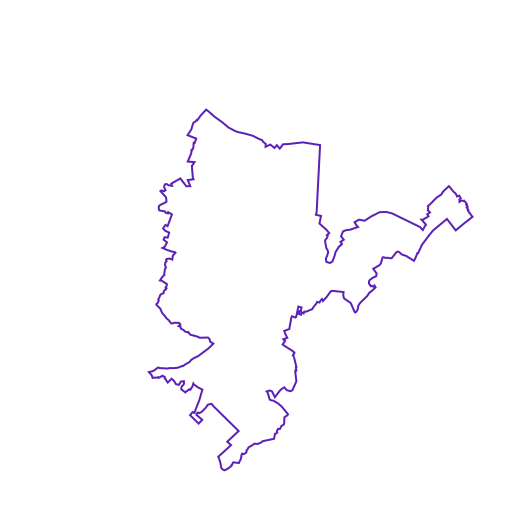 the district of Uriangato, Guanajuato, Mexico, rotated 222°
{"feature_id": "50627088B85486599986999", "entity_name": "Uriangato", "entity_type": "district", "adm_level": 2, "iso_a3": "MEX", "parent_name": "Mexico", "parent_adm1": "Guanajuato", "projection": "albers", "projection_center": [-101.168, 20.117], "detail": "fine", "context": "isolated", "style": "outline", "palette": "violet", "viewbox_px": 512, "rotation_deg": 222, "n_neighbors": 0, "source": "geoboundaries", "source_scale": "gbopen_adm2", "svg_char_len": 6133}
<svg xmlns="http://www.w3.org/2000/svg" viewBox="0 0 512 512"><g transform="rotate(222 256 256)"><path d="M391.0,331.4L391.1,323.1L390.4,317.7L391.0,317.6L391.0,315.3L391.7,313.4L390.6,310.5L388.8,307.0L387.7,300.0L379.0,303.3L377.2,299.0L378.1,298.5L374.8,294.2L374.3,291.7L374.8,291.6L374.7,291.4L372.8,288.9L369.9,280.5L364.5,284.6L363.9,280.0L354.9,271.5L353.8,271.2L357.5,266.8L351.6,263.9L354.4,261.2L364.1,263.0L367.4,253.1L365.3,252.0L368.4,250.0L370.3,249.8L371.5,248.7L371.4,247.4L370.3,245.6L367.2,244.3L367.7,242.6L370.3,241.3L370.5,240.3L362.3,239.4L360.5,238.1L358.8,236.2L361.3,229.9L361.5,228.3L361.2,227.5L359.0,225.3L358.2,225.3L353.7,228.1L352.8,228.1L352.2,227.7L350.4,228.4L349.9,228.8L350.5,229.8L346.3,230.7L341.7,219.0L344.1,218.5L343.5,214.3L340.4,214.0L336.2,215.3L333.9,210.6L336.5,208.8L335.6,206.3L331.2,206.6L330.0,201.8L330.9,199.4L326.3,200.9L320.9,203.3L319.1,204.5L318.0,204.5L318.1,200.8L315.8,197.3L318.5,196.3L320.5,193.8L320.1,192.7L318.9,192.3L319.0,190.4L317.4,188.3L315.1,187.0L314.9,185.4L312.2,181.2L311.4,180.7L311.6,177.7L311.0,173.6L309.2,174.6L303.4,175.5L302.5,174.2L302.0,171.9L300.9,172.1L300.6,170.5L301.0,169.5L300.8,167.8L299.8,166.4L300.8,164.5L301.1,163.2L299.3,158.0L298.4,157.7L297.6,155.2L297.9,154.0L297.5,153.1L291.6,152.8L290.8,152.2L287.3,150.8L284.3,150.5L280.9,149.8L278.0,149.9L274.0,149.2L272.9,150.0L271.8,152.1L270.9,152.6L268.6,154.8L266.6,154.6L266.6,152.1L264.9,153.1L264.1,152.2L263.0,151.8L260.1,152.6L258.5,152.3L256.3,153.3L255.4,153.8L255.3,154.2L253.7,153.7L251.8,153.7L246.3,156.6L243.0,157.7L237.1,163.3L234.7,163.1L232.9,161.7L229.8,162.2L229.4,162.4L229.0,162.4L229.5,155.5L232.1,142.4L232.6,141.7L233.9,138.3L234.6,135.4L234.5,132.5L235.8,128.9L236.7,125.1L237.2,125.0L239.2,120.9L240.1,119.8L242.4,117.3L245.4,114.7L246.5,113.1L252.8,108.1L253.3,108.1L254.2,107.5L255.2,102.5L255.7,101.3L257.9,98.1L253.4,97.5L251.2,96.2L250.1,97.7L248.4,99.1L247.6,100.6L246.6,100.5L245.4,104.5L244.4,104.4L243.1,105.2L241.7,103.9L240.6,104.1L239.6,103.5L236.9,102.9L236.6,108.3L233.8,108.4L229.6,107.2L229.1,107.4L227.6,108.6L227.1,108.6L227.8,112.5L225.8,114.7L224.1,113.0L223.7,111.5L224.0,110.3L223.4,108.2L222.3,106.9L217.2,107.4L217.3,108.5L216.8,109.7L216.5,112.3L215.3,112.6L215.8,115.8L216.5,117.9L217.2,119.3L216.2,119.0L211.4,119.5L206.4,120.8L201.7,111.0L197.2,99.0L196.7,98.4L196.9,98.0L198.7,97.6L198.5,93.6L186.5,93.1L186.3,98.3L194.0,98.1L194.7,100.5L194.2,100.9L193.1,101.1L192.1,103.7L191.8,109.8L192.3,113.2L191.6,114.4L190.0,116.4L186.9,115.9L151.8,114.3L153.1,98.8L148.0,98.8L149.7,81.5L148.8,81.2L144.7,78.9L140.1,75.4L138.3,75.0L136.1,75.6L134.9,78.3L133.9,82.2L134.2,83.9L133.9,84.0L134.8,87.0L134.8,87.5L130.2,90.7L130.8,92.4L131.1,94.1L132.9,97.6L133.5,98.1L134.0,99.6L134.0,100.0L132.8,100.3L132.4,100.8L131.7,103.6L132.8,105.0L133.1,107.6L133.5,108.7L131.9,113.6L131.7,115.3L129.0,117.4L127.3,121.1L127.3,122.3L127.0,123.0L120.3,132.2L122.8,136.4L122.5,136.6L122.1,139.0L122.8,139.2L123.3,139.9L123.9,142.2L123.1,142.8L122.5,143.7L123.4,146.7L122.6,149.3L122.9,150.2L127.0,155.2L126.1,158.6L126.3,159.8L136.3,161.3L140.8,161.2L146.1,160.2L148.5,158.8L149.8,158.5L156.0,162.4L157.4,162.5L155.9,165.2L153.5,166.1L147.5,163.7L148.2,172.1L148.0,174.3L147.0,177.4L143.4,176.9L140.0,178.5L139.1,180.5L141.7,188.5L142.4,190.2L149.3,196.1L149.1,196.5L150.2,197.4L149.6,198.1L151.9,199.9L151.6,200.4L158.2,205.0L161.5,207.0L162.1,206.9L162.2,208.5L162.5,208.5L162.6,209.2L162.9,209.2L163.0,210.0L165.2,209.9L175.4,208.2L177.0,208.1L177.6,212.4L178.7,212.4L178.6,212.7L179.3,212.8L179.9,212.7L178.0,216.1L182.3,217.8L184.9,219.2L182.4,224.0L186.1,229.9L186.5,231.0L187.1,231.4L188.1,233.0L188.9,234.9L189.0,235.3L185.7,236.5L185.5,237.2L185.7,237.6L185.5,237.8L190.7,246.8L187.7,248.2L185.6,244.4L186.7,244.1L185.6,241.5L183.2,242.5L184.2,244.8L182.2,245.2L182.9,247.1L181.7,247.8L178.7,254.0L179.1,256.4L179.4,261.4L179.9,262.8L177.7,263.9L178.2,266.3L178.2,268.2L177.0,268.1L176.1,267.5L176.2,271.4L176.0,271.9L176.8,279.7L176.5,280.5L175.8,281.3L166.8,287.8L164.9,285.2L162.6,283.6L161.5,283.5L154.6,284.4L153.4,284.1L145.7,280.6L144.5,280.4L144.2,281.2L144.5,284.0L145.7,286.2L146.3,286.6L146.7,287.6L147.1,289.6L147.2,291.4L146.6,300.9L147.2,304.3L146.6,307.4L146.1,312.7L148.3,313.4L148.2,311.8L148.9,311.5L150.0,311.4L150.5,310.3L151.5,310.7L153.4,311.0L155.1,312.7L155.4,314.2L154.6,318.1L153.2,321.4L154.6,323.7L160.3,324.9L158.2,331.7L158.1,332.7L158.3,334.1L161.0,339.6L160.6,340.3L158.3,341.4L157.2,342.6L155.2,343.8L153.7,345.2L154.2,352.7L153.9,353.7L153.3,354.3L152.2,354.7L149.0,354.7L147.8,355.0L144.6,356.5L135.4,358.1L136.2,361.3L138.0,366.1L137.4,366.5L140.2,375.5L141.2,387.4L141.5,392.5L141.3,395.0L138.9,411.3L124.7,408.7L123.3,418.6L121.3,430.0L123.9,430.4L125.6,430.9L126.3,430.8L129.2,431.7L129.0,432.4L131.8,433.0L131.6,434.2L133.5,434.6L133.4,435.0L134.4,435.1L134.4,435.8L135.9,436.1L138.2,436.4L138.3,435.9L140.2,435.0L141.0,432.4L142.7,434.2L142.5,435.9L144.8,436.7L145.4,436.8L146.4,434.8L147.9,435.5L150.0,436.1L151.7,435.9L159.4,437.0L160.1,429.2L159.4,425.7L160.6,421.5L160.9,419.7L161.2,411.6L161.7,408.1L160.7,407.6L159.0,405.0L155.9,404.8L156.7,401.6L154.4,401.0L154.7,399.5L155.7,396.8L156.0,395.1L157.3,393.8L150.6,393.0L150.4,390.8L149.4,386.9L151.2,386.9L153.1,387.4L183.4,378.7L188.5,376.0L193.4,371.4L196.9,362.4L198.9,354.9L203.8,351.9L205.3,347.0L201.7,346.0L199.6,345.8L203.8,338.3L206.0,336.0L207.8,332.6L206.0,327.6L201.7,326.8L202.7,323.0L200.6,322.7L200.5,321.6L200.2,321.7L200.3,319.2L200.7,318.8L199.5,312.1L197.7,308.7L195.5,302.9L196.4,300.3L199.7,298.7L202.3,300.8L203.4,304.1L203.8,304.7L204.8,307.1L207.4,308.6L208.6,308.7L209.1,309.0L214.6,313.2L215.2,314.2L215.3,316.8L216.3,319.1L217.3,319.0L216.9,322.0L221.3,322.6L230.6,322.6L234.5,329.3L239.1,326.7L240.4,329.3L282.6,381.3L297.2,371.8L307.1,360.6L310.6,357.2L310.2,351.7L314.7,352.3L314.5,348.7L319.9,348.4L322.0,343.6L323.7,345.8L327.3,345.6L328.9,346.2L332.5,344.9L338.8,343.2L345.9,339.7L352.6,335.9L354.9,335.0L362.3,333.1L370.6,332.8L379.7,331.8L387.6,331.7L391.0,331.4Z" fill="none" stroke="#5b21b6" stroke-width="2"/></g></svg>